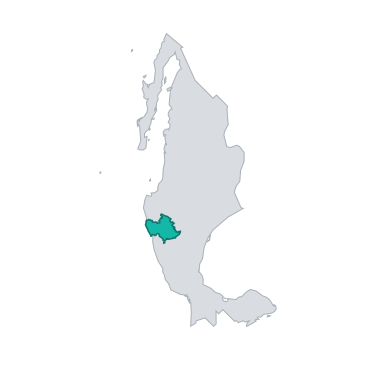 where Michoacán sits in Mexico, rotated 45°
{"feature_id": "MEX-2720", "entity_name": "Michoacán", "entity_type": "State", "adm_level": 1, "iso_a3": "MEX", "parent_name": "Mexico", "parent_adm1": "", "projection": "robinson", "projection_center": [-101.77, 19.16], "detail": "fine", "context": "in_parent", "style": "filled", "palette": "teal", "viewbox_px": 384, "rotation_deg": 45, "n_neighbors": 0, "source": "natural_earth", "source_scale": "10m", "svg_char_len": 8296}
<svg xmlns="http://www.w3.org/2000/svg" viewBox="0 0 384 384"><g transform="rotate(45 192 192)"><path d="M61.9,98.1L83.2,96.2L82.2,98.4L115.4,110.9L140.6,110.8L140.7,106.1L156.3,106.2L159.0,109.5L169.9,118.7L172.4,126.4L174.4,129.3L184.6,135.4L187.9,133.1L190.4,127.4L193.5,126.2L200.9,127.2L207.1,133.4L211.2,142.5L218.3,150.7L218.8,155.9L222.0,162.3L237.7,168.4L239.8,167.4L235.2,184.0L233.7,203.8L234.5,208.1L238.6,213.8L237.8,216.9L238.0,213.8L234.6,208.9L235.7,213.4L239.8,222.7L246.6,231.7L248.2,237.2L252.9,242.9L251.6,242.7L254.3,244.1L253.4,243.3L258.4,244.0L261.9,246.0L265.0,249.6L273.3,246.8L279.5,246.4L283.5,244.3L287.8,243.8L288.7,244.7L288.4,245.8L291.9,246.6L294.2,244.8L293.5,241.9L292.4,242.6L292.7,242.0L299.0,237.1L299.4,233.1L301.2,230.8L301.1,224.4L302.2,219.6L307.1,216.8L315.6,215.4L319.3,213.7L323.5,213.4L330.5,215.0L331.0,214.0L329.2,213.9L331.5,213.2L334.4,215.3L334.9,218.2L333.6,222.0L329.2,227.8L329.1,231.7L326.9,234.1L327.3,235.0L329.3,234.7L327.2,237.1L327.3,238.1L328.7,237.8L326.1,247.6L325.4,248.5L323.9,246.3L323.5,242.6L321.6,246.4L319.5,246.7L317.0,251.7L314.0,251.7L313.7,253.3L297.0,253.3L297.0,259.3L293.2,259.2L302.4,268.3L302.2,271.7L290.3,271.7L286.1,280.1L287.4,282.2L285.9,287.8L277.3,278.3L270.3,271.9L266.0,269.5L265.6,270.1L269.5,272.3L263.4,270.3L263.8,268.8L262.2,269.4L261.2,268.1L260.1,269.5L262.1,270.3L259.0,270.6L256.0,272.7L246.4,276.1L240.2,273.4L234.9,272.8L231.4,270.3L227.9,269.3L225.6,266.8L217.1,264.9L206.4,259.8L199.5,255.1L196.6,251.8L189.4,250.7L182.6,247.9L178.3,242.6L168.9,237.6L164.0,230.5L162.3,226.2L166.1,224.2L165.5,222.3L163.8,221.8L166.3,218.5L166.6,214.6L164.6,213.2L162.6,209.3L162.7,205.7L161.3,202.6L155.8,196.6L151.0,189.4L143.6,183.1L145.7,184.3L145.9,182.9L141.9,181.6L139.0,176.7L141.0,176.8L135.2,173.5L134.4,171.9L132.2,172.5L131.9,171.7L133.6,169.8L130.7,171.3L129.1,169.9L128.8,166.7L130.8,163.8L131.6,164.3L130.2,161.4L128.4,159.5L125.9,159.6L124.3,155.6L121.3,154.8L119.5,153.1L118.3,149.6L119.2,147.3L113.9,146.3L104.8,135.2L104.3,132.5L102.9,131.7L97.2,118.0L96.8,113.8L97.5,112.4L92.5,110.6L91.3,108.4L89.7,107.6L87.8,108.9L81.0,104.8L82.2,107.5L81.2,112.6L82.6,116.8L83.7,124.6L90.6,131.5L92.7,136.1L93.8,135.9L94.3,137.3L95.4,137.5L96.3,140.5L98.3,141.4L99.3,147.8L102.9,150.9L104.0,154.5L105.7,155.6L106.9,159.9L108.3,160.9L107.5,157.7L109.5,159.5L111.8,169.2L114.1,172.0L117.1,179.0L116.6,181.9L117.3,184.5L119.9,187.0L120.9,184.5L128.4,193.6L127.7,197.0L124.7,199.5L123.0,199.8L119.9,192.3L108.0,182.2L106.9,182.4L104.5,179.2L104.1,177.1L104.8,172.4L103.9,167.9L102.1,164.8L96.4,160.9L95.3,157.0L94.2,158.7L91.2,159.4L89.1,156.8L83.7,154.2L83.0,151.9L79.0,148.7L78.6,147.6L82.8,148.2L85.2,147.3L85.2,148.3L87.3,149.3L86.5,146.8L85.6,146.6L87.7,141.4L80.0,131.7L73.5,127.4L72.4,125.2L72.5,121.6L70.9,120.5L70.5,116.3L68.5,114.6L68.3,112.1L65.5,108.3L65.1,106.5L66.0,105.3L64.1,103.8L61.9,98.1ZM104.4,135.3L103.7,137.8L101.6,137.0L102.5,133.2L103.7,132.8L104.4,135.3ZM95.9,134.8L92.9,132.1L92.1,129.3L93.7,130.2L94.0,131.8L95.5,132.2L95.9,134.8ZM333.6,227.1L332.8,226.3L333.2,225.1L335.1,224.2L333.6,227.1ZM104.6,182.3L102.5,179.8L103.9,174.5L103.4,179.2L104.6,182.3ZM77.5,145.2L75.9,144.8L77.0,142.0L77.7,144.1L77.5,145.2ZM50.2,136.0L48.9,134.2L49.2,133.4L49.7,133.4L50.2,136.0ZM106.4,182.4L107.7,184.4L105.0,182.5L106.4,182.4ZM154.8,213.3L154.5,214.2L153.8,213.8L153.5,212.4L154.8,213.3ZM118.0,177.1L118.5,178.7L117.0,176.7L118.0,177.1ZM112.9,166.6L113.7,167.3L112.4,168.7L112.9,166.6ZM114.1,243.6L113.6,243.8L112.8,243.1L113.4,242.3L114.1,243.6ZM290.7,243.9L289.2,244.3L291.8,243.4L290.7,243.9ZM125.1,186.2L124.4,186.0L124.3,184.5L125.1,186.2Z" fill="#d9dde1" stroke="#a8b0b8" stroke-width="1"/><path d="M194.3,252.2L194.2,252.3L193.7,252.1L193.2,251.8L192.0,251.4L191.5,251.2L191.1,251.2L190.4,250.9L189.5,250.8L189.0,250.7L187.8,250.1L186.9,249.6L186.4,249.4L185.6,249.4L185.5,249.2L185.4,249.3L184.6,248.9L184.0,248.7L183.8,248.6L183.5,248.5L183.4,248.6L183.2,248.4L182.8,248.2L182.1,247.9L181.9,247.4L181.4,246.2L181.1,245.8L181.0,245.7L180.9,245.6L180.6,245.4L180.3,245.2L180.2,245.1L180.4,244.8L180.3,244.5L179.9,244.1L180.1,243.9L180.2,243.7L180.3,243.4L180.5,243.2L180.8,243.0L180.9,242.9L181.0,242.8L181.0,242.5L181.1,242.3L181.0,242.1L181.3,242.1L181.6,241.9L181.9,241.7L182.0,241.5L182.1,241.4L182.1,241.2L182.3,241.2L182.6,241.1L182.8,241.1L183.4,241.1L183.5,241.1L183.7,240.8L183.8,240.5L184.0,240.3L184.3,240.5L184.5,240.7L184.8,240.7L184.9,240.8L185.0,241.0L185.3,241.3L185.5,241.2L185.5,240.8L186.1,240.5L186.5,240.3L186.8,240.2L187.0,240.0L187.1,239.8L187.3,239.2L187.6,238.8L187.8,238.7L188.1,238.5L188.5,238.4L188.7,238.2L188.8,238.2L189.0,238.1L189.4,238.2L189.6,238.3L189.6,238.5L189.8,238.4L190.0,238.2L190.2,237.8L190.4,237.5L190.4,237.3L190.4,237.2L190.5,237.1L190.8,236.8L190.9,236.6L190.7,236.5L190.5,236.4L190.5,236.2L190.4,235.8L190.3,235.7L190.2,235.7L189.8,235.8L189.4,235.9L189.0,235.8L189.0,235.4L189.1,234.7L188.9,234.3L188.9,234.0L188.9,233.9L188.7,233.8L188.6,233.7L188.4,233.1L188.4,232.9L188.4,232.5L188.4,232.2L188.7,232.1L188.9,232.1L189.2,232.0L189.3,231.9L189.4,231.7L189.2,231.6L188.9,231.4L188.9,230.9L188.8,230.7L188.6,230.8L188.3,230.7L188.1,230.7L187.7,230.7L187.4,230.5L187.3,230.4L187.1,230.4L186.6,230.6L186.4,230.6L186.2,230.4L186.0,230.0L185.9,229.4L186.0,229.2L186.3,229.0L186.6,228.9L188.7,228.3L189.0,228.1L189.7,228.0L189.9,227.9L190.1,227.8L190.4,227.5L191.0,227.3L191.1,227.2L191.3,227.0L192.0,226.7L192.6,226.6L193.0,226.5L193.5,226.6L193.9,226.6L194.0,226.6L194.8,226.2L195.9,226.0L195.8,226.4L195.7,226.7L195.8,226.8L195.9,226.7L196.0,226.4L196.3,226.4L196.4,226.7L196.5,227.6L196.6,227.8L196.7,228.0L196.8,228.2L197.1,228.2L197.3,228.1L197.6,228.2L197.8,228.1L198.2,228.1L198.5,228.1L198.8,228.3L198.9,228.1L199.2,227.8L199.2,227.6L199.3,227.4L199.3,227.0L199.4,226.9L199.7,226.9L199.8,226.9L200.1,226.8L200.3,226.8L200.6,226.8L200.8,226.8L200.7,226.9L200.8,227.0L201.1,227.1L201.3,227.1L201.5,227.3L201.5,227.6L201.1,227.8L201.1,228.0L201.2,228.3L201.1,228.6L201.3,228.9L201.2,229.1L201.2,229.5L201.4,229.9L201.5,229.9L201.7,229.7L201.8,229.7L202.0,229.8L202.4,229.8L202.5,229.8L202.9,230.0L203.1,230.0L203.2,229.9L203.3,229.7L203.4,229.4L203.5,229.2L203.8,229.3L204.0,229.4L204.4,229.3L204.6,229.2L204.8,229.3L205.0,229.3L205.1,229.5L205.2,229.8L205.1,230.0L204.7,230.2L204.6,230.4L204.6,230.6L204.9,230.8L205.5,231.1L205.8,231.1L206.2,231.0L206.3,230.9L206.4,230.7L206.6,230.5L206.8,230.8L207.0,231.1L207.4,231.3L207.5,231.0L207.6,230.9L208.4,230.9L208.8,230.8L209.0,230.8L209.2,231.0L209.3,231.3L209.4,231.2L209.5,230.9L209.9,230.7L210.1,230.7L210.5,230.7L210.7,230.2L210.6,229.9L210.5,229.6L210.5,229.4L210.6,229.2L210.9,229.0L211.0,229.0L211.0,228.9L211.1,228.7L211.3,228.3L211.4,228.2L211.5,228.0L212.0,228.3L212.3,228.8L212.5,229.4L212.5,230.5L212.8,230.8L213.0,230.9L212.9,231.5L212.6,232.9L212.6,233.0L212.6,233.3L212.4,234.1L212.2,234.9L212.5,235.8L212.7,236.1L212.8,236.2L212.7,236.4L212.5,236.6L212.3,236.6L211.2,237.4L211.4,237.9L211.5,238.0L211.4,238.1L210.8,239.0L210.1,240.1L209.8,240.5L209.5,240.7L209.4,240.8L209.4,241.2L209.4,241.4L209.0,241.6L208.9,241.7L208.8,241.9L208.6,241.9L208.6,242.0L208.3,242.4L208.2,242.5L208.1,242.8L207.9,243.0L207.9,242.8L207.8,242.5L207.6,242.4L207.4,242.3L207.0,242.9L207.0,243.1L207.1,243.3L207.3,243.5L207.3,243.9L207.2,244.0L207.2,244.4L207.3,244.9L207.4,245.1L207.4,245.6L207.4,245.9L207.5,246.0L208.1,246.6L208.6,247.0L208.6,247.4L208.4,247.8L208.3,247.6L208.2,247.6L207.9,247.9L207.7,247.7L207.6,247.4L207.7,247.2L207.8,247.1L207.8,246.7L207.7,246.7L207.5,246.8L207.4,246.8L207.3,246.7L207.1,246.6L206.8,246.2L206.7,246.1L205.7,246.1L205.8,246.3L205.5,246.5L205.4,246.2L205.1,246.1L205.0,245.9L204.8,245.7L204.6,245.7L204.1,245.8L202.7,245.7L202.5,245.8L202.0,246.0L201.0,246.3L200.5,246.3L200.3,246.3L200.1,246.3L199.7,246.0L199.6,245.9L199.4,245.5L199.2,245.3L199.0,245.2L198.1,245.2L197.7,245.2L197.3,245.3L196.9,245.9L196.8,246.5L196.9,247.3L197.0,248.0L197.0,248.3L196.9,248.5L196.6,248.9L196.5,249.1L196.4,249.2L196.1,249.2L195.9,249.3L195.5,249.3L195.1,249.4L194.7,249.4L194.5,249.6L194.4,249.7L194.3,249.8L194.3,250.0L194.2,250.2L194.2,250.6L194.2,251.2L194.3,251.3L194.4,251.7L194.5,251.8L194.3,252.2Z" fill="#14b8a6" stroke="#0f766e" stroke-width="1.5"/></g></svg>